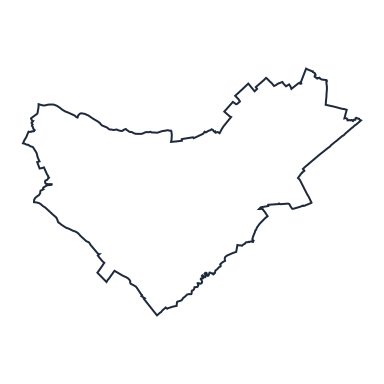 outline of Arinis, Maramures, Romania
{"feature_id": "2599482B66299087407195", "entity_name": "Arinis", "entity_type": "district", "adm_level": 2, "iso_a3": "ROU", "parent_name": "Romania", "parent_adm1": "Maramures", "projection": "mercator", "projection_center": [23.212, 47.499], "detail": "fine", "context": "isolated", "style": "outline", "palette": "slate", "viewbox_px": 384, "rotation_deg": 0, "n_neighbors": 0, "source": "geoboundaries", "source_scale": "gbopen_adm2", "svg_char_len": 5915}
<svg xmlns="http://www.w3.org/2000/svg" viewBox="0 0 384 384"><path d="M343.7,135.3L345.7,133.2L349.5,130.0L351.1,128.5L353.0,127.1L354.9,125.3L356.1,124.6L361.0,120.4L359.7,119.7L359.3,119.4L359.1,118.8L358.7,118.6L357.4,118.5L356.7,117.9L356.2,117.8L355.6,118.2L355.4,119.5L355.3,119.8L354.9,119.9L354.3,119.7L353.7,119.9L353.1,121.0L352.5,120.9L352.1,120.1L351.8,120.0L351.1,120.0L350.3,120.4L349.4,120.1L347.6,120.4L347.3,119.9L347.4,119.2L346.6,118.4L345.6,118.2L344.4,118.4L346.7,109.8L344.4,109.1L342.1,108.8L334.3,106.7L325.7,104.8L326.2,98.4L326.4,97.3L326.4,96.1L326.8,90.4L326.9,89.9L326.9,86.9L326.3,81.9L326.8,81.5L326.9,81.0L326.5,80.1L321.6,79.5L320.1,78.6L319.8,78.4L319.6,77.8L319.4,77.7L318.8,78.1L317.8,78.0L317.6,78.4L317.2,78.6L316.5,77.7L316.0,77.7L314.7,76.8L314.6,76.6L314.6,76.1L315.6,75.0L315.6,74.8L315.1,74.5L315.0,73.4L314.8,73.2L312.8,72.0L312.7,71.3L311.6,71.1L307.1,69.2L306.1,68.6L301.1,81.6L299.9,82.7L301.1,83.0L301.3,83.2L301.3,83.6L300.2,83.7L298.9,83.1L298.0,83.6L291.4,88.9L290.6,86.7L289.1,84.4L286.0,86.3L283.6,83.8L282.4,82.0L278.1,83.6L275.9,85.1L274.0,86.0L271.5,82.9L269.9,81.6L266.9,78.5L266.0,77.9L264.1,79.9L255.8,87.1L257.1,88.9L254.6,91.3L248.3,83.6L242.5,89.1L235.2,95.8L238.1,98.8L239.5,100.6L239.9,101.5L237.4,103.7L236.6,104.2L235.9,104.1L232.9,101.9L224.3,111.6L229.5,116.2L231.1,117.0L223.4,126.5L221.8,129.0L219.6,133.2L217.7,132.0L215.5,132.7L215.2,132.4L215.1,131.4L214.2,131.6L213.9,131.4L213.5,131.0L213.1,130.1L211.6,129.3L210.5,130.1L208.3,130.9L205.9,132.4L204.7,131.7L203.1,133.8L193.7,138.2L193.0,137.3L184.2,138.7L181.8,139.1L181.9,140.7L177.5,141.3L171.1,141.9L171.6,138.9L171.8,135.0L171.4,131.3L170.9,130.6L169.4,130.7L168.0,130.2L166.5,130.4L165.8,130.7L165.0,130.6L163.9,130.9L161.9,131.2L157.5,132.7L151.4,132.4L150.6,131.8L150.3,131.8L148.9,132.2L146.1,132.1L145.1,132.4L142.5,133.6L141.0,133.9L135.9,133.8L134.2,133.4L131.7,132.0L129.6,131.9L126.3,129.6L125.8,129.0L123.5,129.9L122.8,130.7L121.5,131.0L119.3,130.6L117.6,130.0L116.9,129.5L113.5,130.0L111.1,129.5L110.1,129.6L108.8,129.1L107.2,127.6L102.1,125.5L100.7,124.2L99.9,123.0L98.9,122.4L98.2,121.7L92.9,118.6L88.4,115.5L84.5,113.8L81.2,113.3L80.1,113.6L78.2,115.4L77.6,117.5L77.4,117.6L76.3,117.0L74.4,115.4L68.0,112.5L65.1,111.4L62.0,109.5L59.8,107.7L56.9,105.8L54.8,105.0L53.3,104.5L49.6,104.5L47.4,104.8L45.1,105.4L43.7,105.5L42.0,105.2L38.6,104.2L38.5,107.4L37.4,113.6L31.0,118.3L31.2,119.0L32.4,121.1L33.1,121.1L32.9,121.5L31.7,122.5L31.5,123.0L31.9,123.5L32.2,124.2L32.6,124.5L31.9,125.7L32.2,126.3L32.8,126.8L33.3,128.7L33.8,129.2L33.8,130.0L34.4,130.1L34.6,130.2L34.5,130.3L33.9,130.9L33.9,131.2L33.6,131.3L31.3,131.5L31.1,131.8L30.8,131.9L28.9,131.9L28.6,131.7L28.4,131.9L26.2,137.3L24.6,139.8L23.0,143.3L24.9,143.8L26.7,144.7L28.2,144.8L30.2,146.2L32.5,146.9L33.0,147.2L36.4,152.6L37.2,155.2L37.3,156.1L38.2,158.6L39.5,161.4L37.2,162.1L39.6,168.5L41.9,168.1L43.9,167.4L47.0,174.3L48.2,176.1L48.1,176.7L49.0,177.7L48.1,178.5L47.2,179.8L45.4,180.6L45.0,181.7L45.3,183.1L45.9,183.7L47.9,184.2L51.2,184.1L51.7,184.2L51.7,184.6L51.2,184.9L47.7,185.2L46.3,185.7L43.6,187.4L43.2,187.8L43.0,188.5L43.1,189.2L43.3,189.3L42.5,189.9L41.2,190.3L40.4,191.0L40.1,193.4L39.0,195.1L37.4,196.1L35.3,197.8L34.1,199.9L34.0,202.2L36.8,202.5L39.0,203.1L40.7,204.1L42.8,206.0L45.2,207.5L52.7,214.4L56.5,217.7L56.5,218.1L57.3,219.6L58.0,221.8L58.6,222.7L59.2,222.8L61.5,224.8L66.5,228.0L68.2,228.4L73.1,230.8L75.3,231.5L76.8,232.3L78.2,233.3L80.6,236.0L86.1,241.0L87.1,241.6L88.7,242.2L89.3,242.8L90.6,245.0L97.0,252.6L97.7,253.4L99.0,254.2L99.3,254.2L97.8,255.5L99.1,257.3L102.7,261.5L104.3,262.8L102.7,265.1L102.6,265.4L97.4,272.7L106.5,282.0L107.7,279.9L108.7,278.9L114.5,270.8L122.6,275.6L126.5,277.4L128.2,278.5L129.3,279.6L130.2,281.1L130.2,282.7L130.6,283.7L133.7,285.3L135.8,286.6L136.5,287.3L141.0,294.1L142.1,295.2L141.4,296.1L144.8,298.3L143.9,298.9L157.0,315.4L159.8,312.9L161.0,312.2L162.2,310.6L165.7,307.5L166.8,308.5L167.3,308.7L168.0,308.2L173.4,306.5L176.6,305.9L176.9,303.0L177.0,302.2L177.3,301.7L180.4,300.8L181.4,300.3L182.1,299.7L183.2,297.9L184.7,296.9L187.2,294.5L188.3,294.2L191.3,294.1L191.6,293.5L191.8,290.9L192.2,290.5L193.0,290.3L193.7,289.7L194.1,288.9L194.3,287.8L194.5,287.2L197.1,287.0L197.4,286.9L197.9,286.2L198.4,284.9L197.6,283.6L197.6,283.2L198.2,283.1L200.7,283.7L201.7,283.1L201.9,282.6L202.1,281.9L201.9,281.2L201.5,279.9L200.8,279.3L200.8,278.7L201.2,278.4L202.6,278.4L203.0,278.3L203.2,277.9L202.9,277.3L201.9,275.9L202.5,275.3L204.7,277.2L205.3,277.1L205.5,276.5L205.7,275.1L204.7,274.0L204.6,273.6L205.4,272.8L205.8,272.7L206.6,273.1L207.0,274.9L207.5,275.8L208.3,275.7L208.6,275.3L209.5,272.6L210.2,272.6L211.9,273.5L212.8,273.3L212.9,273.9L213.3,274.4L214.4,273.6L214.9,272.9L215.2,271.8L215.3,270.9L215.6,270.4L217.1,269.3L218.9,267.3L219.8,266.9L220.7,266.1L220.7,265.4L220.2,264.3L222.4,262.3L225.1,260.8L224.8,259.8L224.8,258.0L225.0,257.4L225.7,256.6L227.3,255.4L228.3,255.0L232.9,253.0L236.2,251.9L237.4,245.0L238.6,245.3L240.3,245.3L241.9,245.8L243.3,244.5L244.8,243.8L245.7,242.5L246.8,242.2L248.0,242.2L248.8,241.8L249.5,242.0L249.8,241.7L252.0,241.4L252.2,241.8L252.9,242.0L253.5,240.7L252.5,240.3L252.7,239.7L252.4,239.4L252.4,239.0L253.3,236.0L254.9,232.1L255.4,230.3L256.2,229.7L256.4,228.8L257.1,227.3L259.7,223.7L265.3,218.0L267.6,216.2L264.3,211.2L263.4,210.4L263.0,209.3L261.9,208.9L259.1,209.0L260.8,207.3L268.3,206.0L268.2,204.8L279.4,204.0L279.4,203.7L280.4,204.2L288.0,203.6L289.2,204.0L290.1,205.4L290.4,206.2L291.9,208.4L292.2,208.7L292.9,208.9L300.1,206.8L302.9,205.6L303.2,206.0L304.0,205.9L310.9,203.1L311.5,202.7L308.7,196.8L307.2,194.4L299.8,179.8L298.0,178.0L301.1,173.7L301.8,173.1L302.0,172.6L302.5,172.5L303.1,171.6L304.3,171.0L304.4,170.8L302.9,169.0L305.2,166.8L319.0,155.1L327.9,148.0L329.8,146.7L331.0,145.3L334.7,142.2L336.6,140.8L342.0,136.2L343.7,135.3Z" fill="none" stroke="#1e293b" stroke-width="2"/></svg>